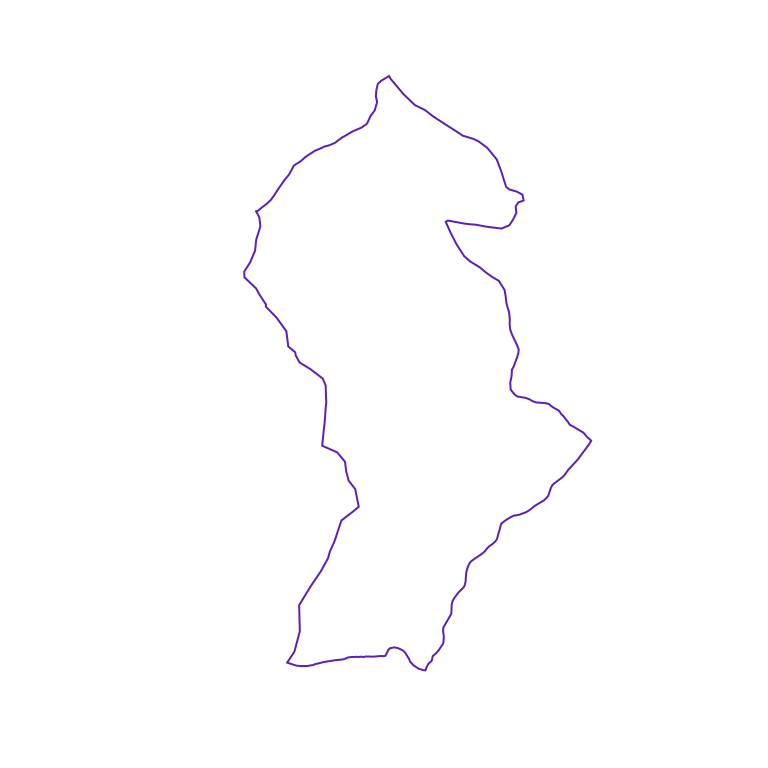 Tomzhangtshen, Tashi Yangtse, Bhutan, rotated 65°
{"feature_id": "84629894B58901780687554", "entity_name": "Tomzhangtshen", "entity_type": "district", "adm_level": 2, "iso_a3": "BTN", "parent_name": "Bhutan", "parent_adm1": "Tashi Yangtse", "projection": "natural_earth1", "projection_center": [91.515, 27.451], "detail": "fine", "context": "isolated", "style": "outline", "palette": "violet", "viewbox_px": 768, "rotation_deg": 65, "n_neighbors": 0, "source": "geoboundaries", "source_scale": "gbopen_adm2", "svg_char_len": 3585}
<svg xmlns="http://www.w3.org/2000/svg" viewBox="0 0 768 768"><g transform="rotate(65 384 384)"><path d="M595.6,589.5L602.0,582.7L604.2,579.2L607.4,572.1L607.8,569.9L608.4,568.4L608.8,567.0L608.7,565.4L610.0,559.0L610.2,557.5L610.7,555.6L613.6,545.2L615.0,541.4L615.9,538.6L616.4,536.8L616.6,535.3L616.6,532.4L617.6,529.1L618.7,526.6L619.6,524.3L620.5,522.8L621.5,519.8L622.8,518.1L623.2,515.8L626.6,508.9L627.1,507.5L629.3,501.5L630.4,499.7L630.9,497.7L629.4,495.6L628.2,494.0L626.8,492.5L626.0,490.1L627.1,485.9L629.6,482.6L633.5,479.5L636.2,478.4L643.8,477.5L646.7,477.7L649.0,476.9L651.4,476.2L656.7,472.9L659.8,469.5L661.0,467.5L660.0,466.4L658.3,464.6L656.5,462.3L655.7,460.0L654.9,457.6L651.2,454.8L650.7,452.9L649.9,450.3L648.7,447.4L647.5,445.4L646.0,443.1L644.5,440.4L642.9,439.1L638.3,436.6L631.9,434.5L629.6,432.9L620.8,420.2L613.4,416.3L612.1,415.6L609.6,413.5L607.4,410.2L604.5,404.9L602.7,399.9L601.9,397.7L600.9,396.3L599.8,395.4L597.6,393.6L589.9,389.3L588.3,388.1L585.5,385.6L583.4,383.3L581.7,380.7L580.5,375.1L579.4,367.5L578.9,365.7L578.2,363.2L576.4,359.7L575.5,356.9L574.8,353.0L573.5,349.1L572.1,346.9L568.5,344.0L566.1,341.9L563.9,339.9L561.9,338.4L560.4,337.2L559.5,334.2L558.8,330.8L558.2,325.5L558.1,322.3L558.6,320.5L559.6,317.1L560.2,309.4L559.8,305.6L558.1,298.3L557.4,292.0L557.1,288.4L555.8,284.5L554.7,282.3L548.9,276.9L546.8,274.2L546.2,272.4L544.4,264.0L544.0,262.2L542.9,259.0L539.6,253.2L534.9,241.7L534.3,240.3L531.9,235.9L527.7,228.0L525.1,223.3L522.9,220.2L521.5,220.7L518.3,222.1L516.9,222.6L512.4,223.8L508.2,226.7L502.9,230.2L499.4,232.9L496.1,233.3L493.0,234.1L488.9,235.0L486.6,236.0L483.4,236.5L481.7,236.9L479.4,238.7L476.3,240.9L471.7,243.1L469.7,245.6L465.0,253.8L462.7,256.3L459.1,258.9L456.6,261.3L451.6,268.5L448.8,270.0L442.7,271.6L437.6,269.6L435.9,268.9L433.3,266.9L430.5,264.9L425.1,262.0L422.9,259.0L419.7,255.8L418.6,254.7L416.1,252.1L413.1,249.5L409.7,247.3L403.8,247.0L393.8,247.1L387.9,246.6L383.6,245.1L381.5,244.2L379.2,242.9L375.6,241.6L372.6,240.6L370.8,240.1L366.4,239.6L362.2,238.8L355.3,236.5L349.7,235.0L339.1,236.3L333.5,240.2L326.6,244.2L318.4,248.1L309.6,254.0L302.1,257.3L288.4,259.2L275.3,259.7L263.1,259.5L262.9,257.0L270.8,245.9L272.9,242.9L275.7,238.4L278.2,233.8L280.4,230.7L284.3,225.3L287.1,220.9L292.8,211.7L293.1,203.3L289.4,197.3L284.9,191.8L278.6,189.5L276.2,185.6L276.7,179.9L271.0,178.5L265.9,182.2L260.7,188.1L257.1,190.0L249.0,189.0L241.0,187.9L228.2,186.9L213.6,190.6L204.0,195.8L199.8,199.2L195.6,203.9L192.2,207.7L187.7,210.4L170.9,221.0L162.0,226.5L152.9,231.2L144.2,238.2L129.4,243.9L110.0,249.1L107.0,249.3L108.0,258.3L109.3,262.7L114.7,266.9L119.8,269.8L125.6,271.1L132.1,276.8L135.4,282.9L140.7,289.2L141.3,291.0L142.1,296.5L141.8,305.7L142.7,315.1L142.8,317.6L143.8,322.6L144.7,326.2L144.5,332.9L143.6,337.4L143.7,342.5L143.4,347.7L144.4,355.3L145.2,359.9L146.6,364.2L147.3,368.0L147.4,370.1L148.0,373.5L150.1,376.2L154.0,381.5L157.4,388.5L162.5,397.3L166.8,404.1L169.4,408.9L171.2,414.4L172.4,420.1L173.7,425.1L173.3,426.9L180.4,426.6L188.9,429.4L199.3,438.9L208.7,444.5L217.3,454.1L223.1,463.2L228.4,465.4L243.3,459.5L249.6,459.2L261.9,457.4L263.9,458.4L278.6,453.3L294.9,450.2L309.5,454.9L317.7,451.1L320.8,451.9L328.9,451.4L339.3,444.5L353.2,437.2L360.6,437.5L376.4,444.2L380.7,446.8L392.2,453.1L401.4,458.7L413.8,466.1L426.2,455.3L438.0,452.2L447.2,455.2L456.6,456.9L467.1,454.5L484.6,458.8L486.4,465.6L489.7,480.3L505.6,495.3L512.9,503.8L518.1,508.2L527.2,520.6L535.9,535.3L548.6,554.4L572.5,564.8L588.7,578.3L595.6,589.5Z" fill="none" stroke="#5b21b6" stroke-width="2"/></g></svg>